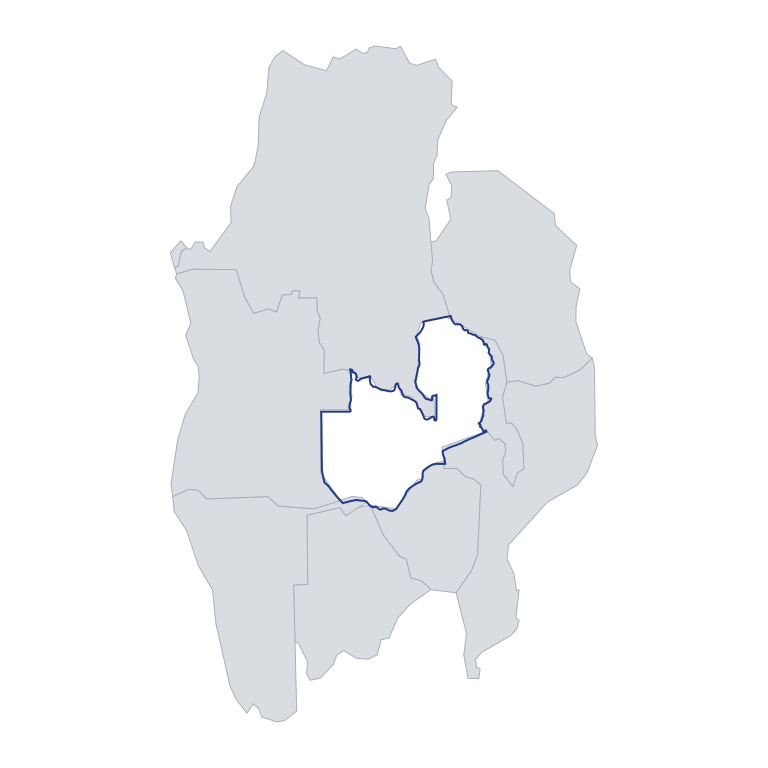 Zambia shown with its bordering countries
{"feature_id": "ZMB", "entity_name": "Zambia", "entity_type": "country or territory", "adm_level": 0, "iso_a3": "ZMB", "parent_name": "Africa", "parent_adm1": "", "projection": "equal_earth", "projection_center": [28.807, -13.118], "detail": "fine", "context": "with_neighbors", "style": "outline", "palette": "blue", "viewbox_px": 768, "rotation_deg": 0, "n_neighbors": 8, "source": "natural_earth", "source_scale": "50m", "svg_char_len": 9220}
<svg xmlns="http://www.w3.org/2000/svg" viewBox="0 0 768 768"><path d="M497.9,170.7L554.4,213.8L555.4,225.5L576.7,245.5L569.7,270.2L570.5,281.6L579.9,288.9L576.1,306.2L575.9,321.8L586.8,354.0L592.2,358.3L580.3,369.9L564.0,377.6L555.2,377.3L549.8,383.2L535.7,386.3L518.0,380.7L506.9,382.3L502.9,355.2L495.0,340.4L480.5,336.7L450.6,318.9L442.6,293.7L434.0,282.5L431.0,270.9L432.5,260.4L429.8,242.0L436.0,241.0L450.9,219.1L446.7,200.1L451.0,197.6L451.8,185.7L445.9,174.4L451.2,172.0L497.9,170.7Z" fill="#d9dde1" stroke="#a8b0b8" stroke-width="1"/><path d="M428.9,217.8L432.5,260.4L431.0,270.9L434.0,282.5L442.6,293.7L450.6,318.9L444.7,316.8L420.8,322.6L416.6,335.4L419.9,344.2L415.5,387.7L429.8,399.0L433.8,395.4L435.0,416.7L423.8,416.6L412.3,397.2L401.0,394.4L397.6,384.0L388.6,390.3L376.8,387.5L371.8,378.5L355.5,377.2L354.6,371.0L342.8,369.3L323.6,373.6L324.2,349.9L319.2,342.5L318.0,330.2L320.1,318.2L317.1,310.5L316.7,297.9L298.7,298.1L299.9,290.9L292.4,290.9L291.6,294.4L282.4,295.2L276.5,311.9L268.3,309.0L253.6,313.5L244.4,296.5L236.2,269.6L192.3,269.3L176.7,274.1L174.5,267.8L178.3,265.7L181.1,251.8L186.5,247.6L190.4,249.7L195.4,242.0L203.5,242.2L204.5,247.9L210.1,251.4L231.1,222.6L230.6,206.1L237.0,186.6L253.6,166.6L255.3,160.2L258.1,145.8L259.2,116.6L266.7,93.3L269.0,67.2L274.8,57.0L282.8,50.6L304.5,64.8L326.5,70.7L333.1,57.0L339.8,59.0L356.4,49.0L362.3,53.3L367.1,52.7L369.4,47.8L374.9,46.1L395.6,48.7L400.6,46.5L409.6,63.1L416.3,65.5L435.4,59.2L439.0,67.8L452.1,81.1L451.2,104.6L457.2,107.3L446.7,119.8L437.8,139.6L437.0,155.7L433.5,163.4L433.4,178.6L429.1,184.2L425.1,208.7L428.9,217.8Z" fill="#d9dde1" stroke="#a8b0b8" stroke-width="1"/><path d="M456.2,592.8L430.9,589.7L421.7,581.0L410.6,578.0L406.2,558.9L400.0,556.8L383.5,535.4L370.2,505.0L396.2,508.9L416.9,480.1L422.2,478.6L423.9,471.8L432.3,463.9L443.4,461.2L444.3,468.6L456.5,468.2L466.4,477.2L473.4,478.6L480.9,484.9L477.6,555.1L471.5,570.8L456.2,592.8Z" fill="#d9dde1" stroke="#a8b0b8" stroke-width="1"/><path d="M430.9,589.7L410.5,603.9L397.7,618.2L388.8,638.2L381.0,639.7L377.2,654.8L368.2,659.2L356.6,658.3L343.7,650.6L336.8,655.0L333.5,664.1L320.0,678.3L309.9,680.2L306.6,673.6L307.6,662.0L298.8,643.9L294.9,641.1L293.6,585.0L307.7,584.3L307.0,515.1L340.1,507.6L345.8,515.7L355.0,508.0L370.2,505.0L383.5,535.4L400.0,556.8L406.2,558.9L410.6,578.0L421.7,581.0L430.9,589.7Z" fill="#d9dde1" stroke="#a8b0b8" stroke-width="1"/><path d="M293.6,585.0L296.7,711.0L284.5,720.6L277.0,721.9L261.7,717.0L259.0,709.0L253.3,703.9L246.9,713.1L235.9,699.0L229.8,685.2L215.9,623.6L212.6,590.1L198.6,566.1L186.6,530.6L174.2,511.5L172.8,496.5L188.3,489.4L197.8,490.0L206.8,498.9L268.0,496.6L278.3,506.0L313.6,508.8L352.2,496.4L361.7,497.5L367.5,501.9L345.8,515.7L340.1,507.6L307.0,515.1L307.7,584.3L293.6,585.0Z" fill="#d9dde1" stroke="#a8b0b8" stroke-width="1"/><path d="M480.5,336.7L495.0,340.4L502.9,355.2L506.9,382.3L502.6,397.4L506.5,423.1L511.6,422.9L516.9,429.2L522.9,443.5L523.9,468.9L517.5,473.0L512.9,486.7L503.4,474.5L502.5,460.6L505.7,451.5L504.9,443.6L499.1,438.6L495.1,440.4L479.0,425.8L483.6,407.4L488.2,400.5L485.5,384.0L491.1,362.5L487.4,345.6L480.5,336.7Z" fill="#d9dde1" stroke="#a8b0b8" stroke-width="1"/><path d="M506.9,382.3L518.0,380.7L535.7,386.3L549.8,383.2L555.2,377.3L564.0,377.6L580.3,369.9L592.2,358.3L594.5,367.3L595.2,435.4L597.6,445.1L587.0,472.9L577.4,485.1L547.3,502.1L508.5,545.0L507.1,558.8L513.8,573.5L516.5,590.6L519.1,589.7L515.9,617.5L519.2,620.8L516.9,628.7L510.8,635.5L481.7,652.3L475.4,659.3L476.5,667.3L480.1,668.6L478.8,678.6L468.1,678.4L463.8,654.7L466.5,633.5L456.2,592.8L471.5,570.8L477.6,555.1L480.9,484.9L473.4,478.6L466.4,477.2L456.5,468.2L444.3,468.6L442.0,447.2L486.7,430.9L495.1,440.4L499.1,438.6L504.9,443.6L505.7,451.5L502.5,460.6L503.4,474.5L512.9,486.7L517.5,473.0L523.9,468.9L522.9,443.5L516.9,429.2L511.6,422.9L506.5,423.1L502.6,397.4L506.9,382.3Z" fill="#d9dde1" stroke="#a8b0b8" stroke-width="1"/><path d="M186.5,247.6L181.1,251.8L178.3,265.7L174.5,267.8L170.4,252.8L180.8,240.7L186.5,247.6ZM176.7,274.1L192.3,269.3L236.2,269.6L244.4,296.5L253.6,313.5L268.3,309.0L276.5,311.9L282.4,295.2L291.6,294.4L292.4,290.9L299.9,290.9L298.7,298.1L316.7,297.9L317.1,310.5L320.1,318.2L318.0,330.2L319.2,342.5L324.2,349.9L323.6,373.6L342.8,369.3L349.5,370.5L351.1,376.6L349.5,386.3L352.1,395.6L350.0,403.0L351.3,409.9L320.6,409.6L320.6,472.5L340.3,500.8L313.6,508.8L278.3,506.0L268.0,496.6L206.8,498.9L197.8,490.0L188.3,489.4L172.8,496.5L171.0,484.1L177.6,440.3L185.2,414.4L198.0,392.6L199.2,377.9L198.3,366.6L193.7,359.5L185.7,335.4L190.9,323.3L182.9,290.6L175.3,278.0L176.7,274.1Z" fill="#d9dde1" stroke="#a8b0b8" stroke-width="1"/><path d="M445.2,463.9L443.0,463.9L439.3,463.9L435.4,463.9L431.8,464.9L428.9,466.5L425.4,469.0L424.3,469.9L423.4,470.7L422.9,471.6L422.6,473.7L422.6,476.9L422.3,479.3L421.2,481.4L415.9,483.9L412.5,486.0L409.1,488.5L406.5,491.7L404.8,495.7L401.9,500.6L399.0,504.8L395.9,509.3L392.4,511.0L389.4,510.6L385.8,508.8L383.0,508.4L380.9,509.6L379.0,509.2L377.2,507.4L375.7,506.7L374.5,507.2L373.0,507.1L370.2,506.1L367.7,503.0L366.4,501.7L365.4,501.2L362.5,500.7L355.8,500.0L355.1,500.2L352.3,500.8L348.9,501.5L345.9,502.3L342.8,503.1L339.8,499.9L336.5,496.2L333.0,492.0L330.4,488.8L329.2,486.9L326.9,484.5L325.2,483.3L324.6,482.7L322.9,476.1L321.9,470.0L321.9,465.5L321.8,459.2L321.7,452.8L321.7,446.5L321.6,440.2L321.5,433.8L321.5,427.5L321.4,421.1L321.3,414.8L321.3,411.7L324.7,411.7L328.5,411.7L332.6,411.7L336.9,411.7L341.3,411.7L345.7,411.7L348.8,411.7L349.6,411.6L350.5,411.4L350.6,410.8L349.3,407.7L349.4,406.6L349.7,404.4L350.2,402.6L350.9,400.2L350.9,398.8L350.3,394.1L350.4,391.6L350.5,388.9L350.7,386.3L350.5,384.6L350.7,383.6L351.1,382.2L351.3,380.7L351.6,380.0L351.5,379.4L351.2,378.2L351.0,375.6L350.6,372.0L350.3,369.4L350.8,369.5L352.0,369.8L352.5,371.0L352.8,372.4L353.6,372.5L355.6,373.4L356.2,374.5L356.7,377.0L356.4,378.3L355.8,379.3L356.4,380.2L357.8,380.8L358.5,380.7L360.7,378.9L361.6,378.6L362.8,378.3L363.8,377.9L366.7,377.1L368.4,376.8L369.3,376.2L369.9,376.2L370.3,376.6L369.9,378.4L369.8,380.0L370.4,382.9L370.8,384.3L371.8,385.3L372.5,385.8L373.2,386.9L374.8,386.7L378.3,388.2L379.4,388.9L380.8,389.6L381.9,389.9L385.5,390.4L386.8,390.8L389.3,391.3L391.2,391.3L392.6,391.1L393.6,390.7L394.2,390.2L394.5,389.8L394.9,388.3L395.6,385.1L395.9,384.2L396.6,383.7L397.5,383.4L398.1,384.0L398.7,387.5L401.5,390.7L402.4,393.4L403.1,395.7L403.7,396.3L404.7,397.1L406.4,397.4L407.9,397.5L411.0,399.1L413.5,400.4L415.3,401.4L416.1,402.1L416.6,403.3L417.0,404.2L417.5,406.5L418.1,408.4L419.1,408.8L419.9,408.9L420.7,410.2L421.4,411.3L422.6,414.0L423.6,415.9L423.9,417.7L424.9,419.0L426.4,419.5L427.7,419.5L428.5,419.0L430.3,418.0L431.8,417.0L432.9,416.6L433.5,416.8L434.0,417.6L434.3,419.0L434.3,419.9L435.4,420.6L436.1,420.3L436.4,419.4L436.4,419.0L436.5,415.0L436.5,411.5L436.5,408.2L436.5,404.2L436.5,400.8L436.5,397.9L436.5,394.9L435.8,395.1L434.9,395.7L433.0,395.8L432.2,396.3L432.0,397.1L432.1,398.1L432.2,399.5L431.9,400.1L431.0,400.4L429.8,399.8L427.5,399.2L425.7,398.7L424.3,396.9L422.5,394.2L421.3,392.8L418.5,390.0L418.0,389.4L417.1,388.1L416.3,385.8L416.0,384.3L415.6,383.2L415.2,381.5L415.9,379.0L416.9,374.1L417.6,370.6L418.0,368.0L419.4,365.3L419.5,363.0L418.9,359.9L419.1,358.2L419.2,354.0L419.2,350.4L419.3,348.6L418.9,345.6L417.9,342.2L415.9,337.6L415.9,336.6L417.1,335.4L419.1,333.5L420.0,332.4L421.2,330.7L421.7,329.9L422.8,327.8L423.5,326.1L423.8,323.9L423.2,321.8L424.3,321.4L427.9,320.6L431.9,319.8L436.1,319.0L440.3,318.1L444.4,317.2L448.2,316.5L450.7,316.0L451.1,317.4L451.9,319.8L452.8,321.6L453.9,323.1L454.9,324.0L455.5,324.3L459.6,324.2L461.1,325.2L462.3,326.3L462.7,328.2L463.5,329.3L464.4,330.2L464.8,330.4L465.4,330.1L466.5,330.1L467.5,330.5L468.0,330.9L468.1,332.5L468.4,333.1L469.7,333.4L471.1,333.5L472.5,334.6L473.9,334.8L475.6,335.2L476.4,336.3L478.2,337.5L480.4,338.5L482.0,339.7L482.8,340.2L482.9,340.7L483.3,341.7L483.7,342.4L483.7,343.5L483.9,344.5L484.6,344.7L485.1,344.8L485.5,344.1L486.2,344.1L486.9,344.6L487.1,345.7L487.7,347.2L488.6,348.3L489.2,349.3L489.0,351.1L488.6,352.8L489.8,354.4L491.3,356.0L491.8,356.7L491.9,359.0L492.1,359.8L493.2,361.7L493.7,363.0L493.7,363.8L490.8,367.6L489.8,368.0L489.0,368.2L488.2,369.0L487.7,369.8L487.9,370.2L488.2,371.6L488.9,373.6L489.5,375.1L488.9,376.9L487.8,380.0L487.3,380.2L487.2,382.6L487.5,383.4L488.1,384.1L488.3,385.7L488.3,387.8L488.2,389.6L487.5,394.0L488.7,397.9L489.2,398.4L491.0,398.4L491.3,398.7L490.8,399.8L490.1,401.0L489.6,401.5L487.3,402.9L484.0,404.3L483.3,405.7L482.9,407.8L483.2,409.0L483.7,409.7L483.5,411.4L483.2,413.3L483.3,414.8L483.1,416.1L482.7,416.8L482.1,418.7L481.4,420.7L480.9,421.6L480.0,422.6L478.7,423.3L478.8,423.7L480.2,424.7L480.6,425.3L480.7,425.7L480.4,426.1L480.1,426.7L480.8,427.3L481.6,427.8L482.4,429.2L483.1,431.0L483.3,431.6L483.4,431.9L483.7,431.9L484.1,431.6L485.1,430.6L485.7,430.3L486.5,431.7L483.3,433.1L481.7,433.9L476.9,436.0L472.8,437.8L471.7,438.2L469.6,439.1L468.5,439.6L464.8,441.3L463.2,442.1L462.0,442.9L458.9,444.1L456.0,445.2L452.8,446.3L449.3,447.6L447.3,448.6L445.9,449.4L442.8,451.0L442.6,451.4L442.7,452.5L443.1,454.8L443.9,456.9L444.5,458.1L444.9,461.2L445.2,463.9Z" fill="none" stroke="#1e3a8a" stroke-width="2"/></svg>